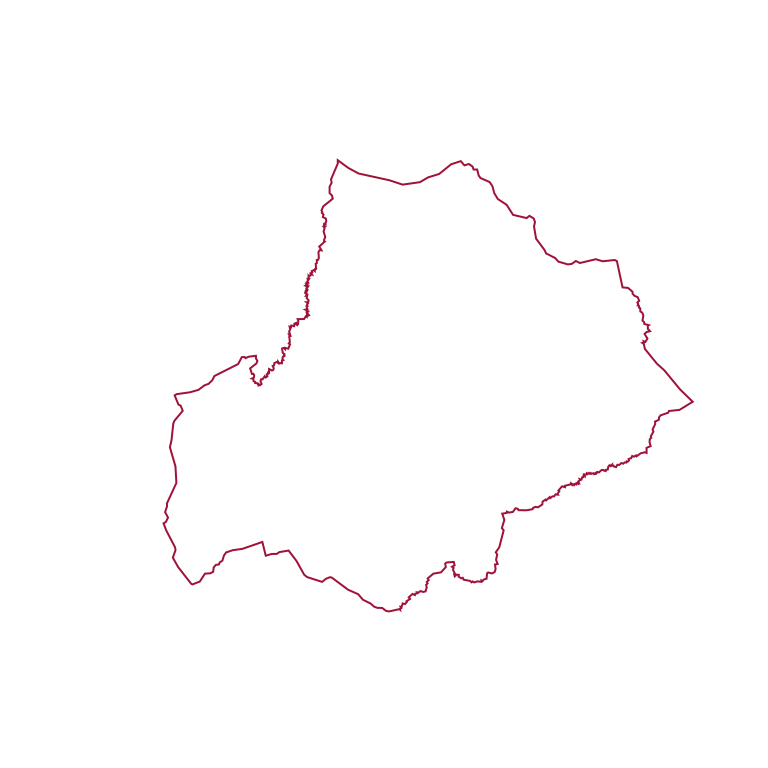 the district of Nong Bua, Nakhon Sawan, Thailand, rotated 333°
{"feature_id": "78962969B24099106411844", "entity_name": "Nong Bua", "entity_type": "district", "adm_level": 2, "iso_a3": "THA", "parent_name": "Thailand", "parent_adm1": "Nakhon Sawan", "projection": "natural_earth1", "projection_center": [100.631, 15.883], "detail": "fine", "context": "isolated", "style": "outline", "palette": "rose", "viewbox_px": 768, "rotation_deg": 333, "n_neighbors": 0, "source": "geoboundaries", "source_scale": "gbopen_adm2", "svg_char_len": 6154}
<svg xmlns="http://www.w3.org/2000/svg" viewBox="0 0 768 768"><g transform="rotate(333 384 384)"><path d="M192.3,299.1L191.5,309.0L193.0,311.0L192.5,316.5L180.6,321.6L178.2,323.7L169.3,337.4L164.5,343.2L160.8,362.7L154.1,377.9L136.3,391.9L135.3,394.3L130.8,398.8L130.9,405.0L127.0,407.9L124.3,408.1L123.5,415.6L123.7,434.7L122.8,437.4L117.0,442.9L117.5,453.9L121.5,474.4L122.3,475.6L130.2,476.4L138.4,471.7L143.2,473.8L146.5,473.8L149.0,470.1L152.2,468.8L154.9,469.9L156.6,468.4L159.8,468.0L163.6,464.1L166.9,462.4L173.7,463.4L183.0,466.6L203.9,469.5L200.7,483.3L207.0,484.5L211.2,486.7L214.5,486.3L223.4,489.1L225.7,501.9L226.3,517.7L227.8,521.1L239.0,532.2L243.9,531.2L248.1,531.6L249.6,532.8L258.6,551.0L265.6,559.6L267.2,566.5L272.5,573.7L274.1,577.9L276.4,580.4L280.7,582.7L282.9,587.2L285.2,588.9L295.5,591.6L295.9,592.6L296.3,591.5L297.6,591.5L297.6,589.9L298.6,590.5L301.0,588.0L302.8,589.6L305.4,588.6L305.4,587.8L309.7,587.3L309.2,585.3L314.1,584.0L315.7,586.1L316.6,585.1L318.6,585.6L318.7,584.5L320.2,585.4L322.6,585.1L324.5,587.1L326.9,587.6L329.8,584.5L330.3,582.1L332.3,581.5L332.2,579.8L334.8,579.0L334.6,577.1L341.9,575.4L349.3,577.7L355.9,575.2L357.0,571.8L358.6,571.4L365.4,574.2L364.6,577.6L361.6,577.7L362.5,579.5L361.1,580.8L361.1,585.3L360.2,585.2L359.7,587.5L362.1,586.8L364.0,588.0L363.0,589.5L364.6,592.2L366.2,592.4L366.1,594.5L371.3,598.5L371.9,600.4L373.3,600.1L374.2,601.7L377.9,602.4L380.8,604.4L381.6,603.2L382.1,604.4L384.3,603.5L386.9,604.1L389.9,599.5L391.2,599.2L394.2,601.8L397.2,601.8L399.4,599.6L401.0,595.2L403.5,596.0L404.0,591.6L407.5,587.2L407.2,584.7L412.5,581.9L424.2,568.7L423.6,565.9L429.5,559.8L430.5,553.2L434.8,554.6L435.5,553.5L437.1,555.4L440.8,556.5L444.8,554.4L446.6,556.1L446.6,557.5L453.6,561.2L459.5,563.0L460.5,562.1L463.1,562.2L465.2,563.8L470.4,563.2L471.9,560.8L475.4,560.3L475.6,561.3L480.3,560.0L480.3,561.2L483.0,560.6L484.6,561.4L486.6,560.2L488.8,561.6L488.8,560.5L491.5,559.2L491.1,558.1L496.2,556.0L498.4,558.1L499.0,556.8L504.2,558.1L505.5,557.2L505.8,559.5L506.9,559.0L507.4,560.4L508.5,559.7L509.7,560.8L510.5,559.7L511.7,561.1L512.1,560.3L512.7,560.9L512.9,559.0L515.4,558.7L515.3,557.7L516.5,558.8L518.3,557.1L519.3,557.5L520.5,555.8L521.1,557.1L521.6,555.5L523.5,556.7L524.3,555.5L525.3,556.7L526.3,556.3L526.7,557.5L527.8,557.2L528.0,558.2L530.1,558.6L530.3,559.8L532.1,560.3L532.9,560.0L532.6,559.2L534.3,559.2L535.3,560.4L538.8,559.4L540.6,560.3L540.9,562.0L541.0,561.2L542.0,562.2L542.9,561.2L544.6,561.8L546.2,559.5L548.1,558.7L548.7,559.8L549.9,559.5L549.2,560.2L551.4,560.7L551.4,561.9L553.1,563.4L555.3,561.9L556.8,562.9L559.6,562.2L561.0,563.6L562.7,563.1L564.2,564.0L565.1,563.1L565.9,563.9L567.5,563.4L568.0,561.8L570.5,562.3L572.5,560.8L573.6,562.2L576.2,562.1L576.2,563.1L581.2,562.3L585.3,563.2L586.7,564.6L588.9,560.1L593.4,560.4L594.2,556.4L595.8,553.8L597.7,553.3L598.0,551.7L602.4,548.8L602.7,546.4L607.5,542.8L608.4,540.5L612.6,540.7L613.9,538.6L616.2,537.5L624.2,538.6L625.6,537.4L635.5,541.2L651.0,540.0L645.4,523.5L640.0,499.2L636.4,489.8L632.4,471.2L633.7,466.2L632.9,464.8L634.2,465.1L634.7,463.6L636.0,465.2L639.4,463.1L638.9,457.7L641.5,456.9L645.0,457.7L644.1,454.7L645.6,451.7L646.5,451.7L643.2,448.6L643.9,447.1L643.1,444.8L646.2,440.7L646.5,437.7L645.3,435.7L646.7,432.9L645.9,431.9L646.6,430.0L645.7,429.2L646.8,428.2L646.8,426.3L649.1,425.8L649.5,421.9L647.2,419.1L646.5,416.5L647.3,414.6L645.1,409.2L640.4,406.2L647.3,380.3L645.9,378.3L634.5,373.9L629.4,369.0L613.4,365.1L610.8,361.5L605.8,362.2L602.1,360.9L594.9,354.1L593.7,349.5L587.7,341.2L587.9,337.7L585.5,323.5L589.2,311.7L592.1,308.2L592.5,304.4L589.9,300.2L586.4,300.9L575.8,291.9L574.6,280.0L569.4,270.9L568.9,263.9L570.4,257.1L569.8,252.0L563.5,244.3L563.0,241.3L564.4,235.2L561.2,233.6L561.6,230.4L559.5,226.5L554.9,225.7L553.6,220.3L543.6,218.7L528.5,221.9L517.0,219.9L507.7,220.5L491.1,214.8L481.4,205.0L456.9,184.9L450.3,175.3L444.4,163.6L442.9,166.6L429.7,177.6L428.7,180.9L425.1,183.5L422.2,189.2L423.2,192.3L422.5,195.6L410.7,198.1L407.1,200.9L407.1,203.0L406.3,203.4L407.0,205.6L405.3,207.5L407.3,210.2L406.6,212.5L405.3,214.0L403.9,214.0L404.1,215.1L403.1,214.5L402.3,215.8L402.8,216.7L401.6,216.4L401.9,218.1L399.4,220.8L398.4,226.4L396.3,228.1L395.3,229.7L395.8,230.2L388.7,232.1L389.0,236.6L387.3,235.6L385.5,236.7L383.1,242.2L381.7,243.4L380.4,243.0L379.1,245.7L377.7,245.9L375.8,250.6L374.6,250.3L373.7,251.9L373.3,250.7L370.9,250.6L370.7,252.0L369.4,252.0L369.5,253.7L368.5,252.6L368.2,253.7L366.1,254.2L365.9,253.4L364.9,255.6L363.7,255.4L363.5,256.1L364.6,256.5L362.4,257.7L362.5,259.3L361.1,258.7L361.2,259.9L360.1,259.7L360.6,261.0L358.7,260.8L359.6,262.1L358.8,263.0L359.7,263.1L358.1,263.9L358.7,265.4L357.4,266.3L356.6,265.4L355.7,266.3L356.1,267.2L355.2,267.4L356.3,269.3L354.7,270.0L355.6,270.4L354.1,272.4L354.8,275.2L353.6,276.7L352.1,276.0L352.9,277.6L351.3,278.5L351.3,279.7L350.2,279.6L349.8,282.5L347.7,282.0L348.9,283.7L348.1,284.3L349.2,285.0L347.6,285.6L348.4,288.7L346.9,288.6L346.7,287.5L345.7,289.2L345.1,288.2L342.3,289.8L336.5,287.0L336.2,289.1L334.6,291.5L333.9,290.8L333.3,291.8L332.7,290.5L333.2,289.7L331.5,289.6L330.2,291.7L327.9,289.8L326.9,291.3L325.9,290.1L325.1,292.9L323.3,294.1L323.0,296.6L321.9,296.4L322.5,298.7L321.2,298.5L319.1,304.0L317.6,304.6L318.3,306.0L314.7,309.1L312.5,307.1L311.7,308.1L311.4,306.4L309.3,306.1L307.9,310.3L308.9,312.2L307.6,313.1L308.0,313.8L306.0,314.0L304.6,316.0L305.1,317.0L303.5,317.1L302.5,319.2L300.4,317.9L299.9,319.0L299.7,315.9L299.0,316.8L298.6,315.7L295.8,315.6L294.6,317.4L293.0,317.4L293.0,319.9L291.6,321.2L290.3,321.1L288.4,318.5L286.7,321.8L285.9,321.2L285.6,322.3L284.0,322.1L283.5,324.3L281.4,324.4L281.3,322.9L277.9,324.7L276.6,324.0L275.2,325.4L275.0,328.4L272.9,328.8L272.4,327.4L271.5,327.9L271.7,326.0L269.7,324.7L270.2,323.7L269.1,322.3L269.8,320.0L268.9,319.2L271.0,319.2L272.4,317.1L272.2,315.6L270.9,315.1L271.8,309.3L279.6,307.8L281.7,305.9L281.5,303.1L282.7,300.7L275.6,298.2L272.3,298.1L272.1,296.7L269.5,295.5L263.1,300.0L236.5,299.9L232.7,302.7L227.8,304.2L223.3,303.7L216.0,305.0L207.4,303.3L194.6,298.9L192.3,299.1Z" fill="none" stroke="#9f1239" stroke-width="2"/></g></svg>